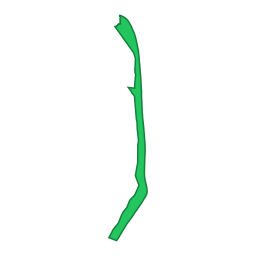 La Costa, Buenos Aires, Argentina (Mercator projection)
{"feature_id": "61730980B5067037374501", "entity_name": "La Costa", "entity_type": "district", "adm_level": 2, "iso_a3": "ARG", "parent_name": "Argentina", "parent_adm1": "Buenos Aires", "projection": "mercator", "projection_center": [-56.711, -36.664], "detail": "fine", "context": "isolated", "style": "filled", "palette": "green", "viewbox_px": 256, "rotation_deg": 0, "n_neighbors": 0, "source": "geoboundaries", "source_scale": "gbopen_adm2", "svg_char_len": 5441}
<svg xmlns="http://www.w3.org/2000/svg" viewBox="0 0 256 256"><path d="M116.5,240.6L117.2,239.8L117.5,239.2L117.7,238.9L117.9,238.6L118.1,238.4L118.5,237.8L118.7,237.5L118.8,237.3L119.0,237.1L119.2,236.7L119.3,236.5L119.9,235.5L120.2,234.9L120.3,234.7L120.8,233.8L121.0,233.6L121.4,232.9L121.6,232.7L121.7,232.4L121.9,232.1L122.0,232.0L122.0,231.8L122.2,231.6L122.4,231.2L122.5,231.1L122.7,230.8L122.8,230.5L123.3,229.8L123.4,229.6L123.8,229.0L124.1,228.4L124.3,228.1L124.5,227.7L124.9,227.2L125.2,226.5L125.5,226.1L125.8,225.6L126.0,225.4L126.3,224.8L126.7,224.2L126.9,223.9L127.3,223.3L128.5,221.8L128.8,221.4L128.9,221.2L129.1,220.9L129.3,220.7L129.5,220.4L129.7,220.1L129.9,219.9L130.1,219.6L130.3,219.3L130.5,219.0L130.6,218.9L131.1,218.2L131.5,217.7L131.9,217.2L132.1,216.9L132.3,216.6L132.5,216.3L132.8,215.8L132.9,215.7L133.0,215.6L133.3,215.1L133.8,214.4L133.9,214.1L134.1,213.9L134.5,213.1L135.3,211.9L135.7,211.4L136.6,210.2L137.5,208.9L137.7,208.5L137.9,208.1L138.2,207.9L138.4,207.5L138.9,206.9L139.1,206.5L139.5,206.0L139.6,205.8L139.7,205.6L139.9,205.4L140.0,205.3L140.2,204.9L140.5,204.5L141.1,203.5L141.4,203.2L142.2,201.9L142.4,201.6L142.5,201.4L142.7,201.1L143.4,199.8L143.7,199.5L143.8,199.3L143.9,199.1L144.0,198.8L144.1,198.7L144.3,198.5L144.4,198.2L144.5,198.1L145.2,197.0L145.5,196.5L145.5,196.4L145.8,196.0L146.0,195.5L146.3,195.0L146.4,194.7L146.5,194.5L146.7,194.2L146.8,193.8L146.8,193.4L147.0,192.6L147.0,192.2L147.0,191.8L147.1,191.5L147.0,191.3L147.1,191.0L147.0,190.6L147.0,190.4L147.0,190.0L146.9,189.1L146.8,188.4L146.9,188.2L146.8,187.7L146.7,187.1L146.4,185.9L146.3,185.4L146.2,184.9L146.1,184.5L146.0,184.3L145.9,183.6L145.8,183.4L145.7,182.8L145.7,182.6L145.4,181.7L145.2,180.8L145.1,179.9L145.0,179.5L145.0,179.3L144.9,178.8L144.8,178.7L144.7,177.8L144.7,177.5L144.7,177.3L144.6,177.0L144.5,175.6L144.5,174.9L144.4,173.8L144.4,171.9L144.5,169.9L144.5,169.5L144.5,168.8L144.5,166.9L144.5,166.6L144.6,165.8L144.5,165.5L144.6,165.1L144.6,163.6L144.7,163.2L144.7,162.6L144.7,161.4L144.7,161.1L144.7,160.8L144.7,160.4L144.8,159.5L144.8,159.2L144.8,157.4L144.9,156.7L145.0,155.3L144.9,155.2L145.0,154.3L145.0,153.5L145.0,153.3L145.1,152.0L145.1,151.7L145.2,150.1L145.1,149.0L145.1,148.2L145.1,147.4L145.1,147.2L145.1,146.8L145.1,146.6L145.0,144.5L145.0,143.9L144.9,142.8L144.9,142.3L144.9,142.0L144.9,141.9L144.9,141.7L144.9,141.4L144.8,141.2L144.7,140.8L144.6,139.5L144.5,138.0L144.4,136.6L144.4,136.0L144.3,135.8L144.3,135.1L144.1,132.6L144.0,131.9L144.0,131.1L143.9,130.3L143.8,128.9L143.7,127.9L143.6,126.7L143.6,126.2L143.6,125.8L143.4,124.9L143.2,122.7L143.2,122.3L143.0,121.2L142.9,120.3L142.9,120.0L142.7,118.1L142.7,117.6L142.6,117.1L142.6,116.7L142.4,114.7L142.5,114.3L142.4,113.5L142.3,113.1L142.2,111.8L142.2,111.4L142.1,110.4L142.1,108.9L142.0,106.7L142.0,106.2L141.9,105.7L141.9,105.1L141.9,104.4L141.9,104.1L141.8,103.6L141.8,103.2L141.9,101.6L141.8,101.4L141.8,101.2L141.8,100.8L141.7,100.3L141.6,98.4L141.6,98.1L141.5,97.2L141.5,93.4L141.5,93.1L141.5,92.7L141.5,92.0L141.5,90.3L141.3,88.7L141.3,87.5L141.2,86.7L141.0,83.8L141.0,83.5L141.0,83.3L141.0,82.2L140.9,82.0L140.9,81.2L140.9,80.2L140.8,79.5L140.8,78.9L140.8,78.5L140.8,77.6L140.7,77.0L140.7,76.4L140.6,76.0L140.6,75.6L140.5,75.2L140.6,74.7L140.5,74.4L140.4,73.0L140.2,71.6L140.1,69.5L139.9,68.1L139.9,67.5L139.8,66.7L139.8,66.0L139.8,65.7L139.8,65.3L139.7,64.8L139.6,64.0L139.6,63.5L139.5,62.7L139.4,62.3L139.2,59.5L139.2,59.1L139.1,58.3L139.1,57.5L139.0,57.1L139.0,56.8L138.9,56.1L138.9,55.8L138.8,55.5L138.7,54.1L138.7,53.7L138.6,53.2L138.6,52.9L138.5,52.5L138.5,52.2L138.5,51.4L138.3,50.3L138.2,50.1L138.1,49.5L138.0,48.9L138.0,48.6L137.8,48.0L137.8,47.6L137.5,46.6L137.4,46.1L137.3,45.5L136.9,43.4L136.6,42.5L136.5,42.0L136.4,41.3L136.3,40.5L136.2,40.1L136.1,39.6L135.9,39.2L135.6,37.5L135.1,36.1L135.0,35.7L134.7,34.8L134.6,34.3L134.5,33.9L134.0,32.7L133.9,32.4L133.6,31.9L133.3,31.2L133.0,30.6L132.7,29.9L132.0,28.4L131.8,27.6L131.5,27.1L131.4,26.5L131.0,25.9L130.8,25.3L130.4,24.8L130.3,24.5L130.0,24.1L129.8,23.8L129.7,23.7L129.6,23.4L129.4,23.0L129.1,22.5L128.9,22.1L128.8,21.8L128.4,21.4L128.2,21.0L127.7,20.4L127.4,19.9L127.1,19.8L126.9,19.6L126.8,19.3L126.3,18.9L125.9,18.5L124.7,17.6L124.2,17.3L123.8,17.0L123.2,16.8L122.7,16.5L122.5,16.4L121.7,16.0L121.4,15.8L119.9,15.4L119.7,15.4L119.7,15.5L119.6,15.8L119.6,16.0L119.8,16.0L119.8,16.3L119.9,16.7L120.0,16.8L120.4,17.5L120.5,17.7L120.3,18.1L120.2,18.1L120.0,18.4L120.0,18.5L120.0,18.8L120.0,19.5L120.1,19.8L120.2,20.0L120.2,20.3L120.2,20.6L120.3,20.7L120.2,20.8L120.3,21.0L120.3,21.3L120.1,21.5L120.0,21.8L120.0,22.0L120.0,22.3L120.2,22.5L120.3,22.6L120.2,22.7L120.5,23.9L119.7,24.2L119.3,23.9L119.2,23.7L118.8,23.8L118.7,24.0L118.3,24.2L118.2,24.3L117.8,24.6L117.7,24.7L117.7,24.8L117.5,25.0L117.4,25.1L117.3,25.4L117.0,25.6L116.9,25.6L116.7,25.7L116.7,25.9L116.4,26.1L116.2,26.0L115.7,26.4L115.7,26.5L115.4,26.4L114.9,26.5L133.7,52.8L135.3,58.0L135.4,58.6L135.1,67.1L134.8,68.7L135.0,72.8L135.5,74.1L135.6,74.7L135.3,77.8L134.6,86.5L134.7,88.2L128.4,87.5L128.5,87.6L129.9,89.8L130.6,90.4L131.3,91.6L131.4,92.2L132.2,93.4L133.5,94.8L134.3,96.1L134.5,96.2L136.4,119.7L137.0,121.7L137.2,128.5L138.5,140.6L137.7,145.6L137.8,147.5L137.7,162.5L135.4,175.7L136.7,179.2L139.0,185.4L134.7,195.2L129.8,200.1L126.9,207.4L123.5,211.5L121.3,215.7L118.6,222.6L118.4,223.1L113.4,229.2L112.8,230.3L108.9,237.6L116.5,240.6Z" fill="#22c55e" stroke="#15803d" stroke-width="1.5"/></svg>